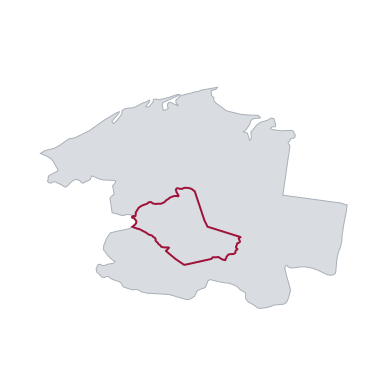 Gabon, with Ogooué-Lolo highlighted, rotated 98°
{"feature_id": "GAB-2628", "entity_name": "Ogooué-Lolo", "entity_type": "Province", "adm_level": 1, "iso_a3": "GAB", "parent_name": "Gabon", "parent_adm1": "", "projection": "equal_earth", "projection_center": [12.559, -0.822], "detail": "medium", "context": "in_parent", "style": "outline", "palette": "rose", "viewbox_px": 384, "rotation_deg": 98, "n_neighbors": 0, "source": "natural_earth", "source_scale": "10m", "svg_char_len": 5218}
<svg xmlns="http://www.w3.org/2000/svg" viewBox="0 0 384 384"><g transform="rotate(98 192 192)"><path d="M255.2,43.5L255.0,47.0L252.1,55.6L250.7,62.2L250.3,69.2L251.2,74.8L252.6,78.9L253.5,83.3L252.8,86.3L251.4,87.6L252.3,89.2L254.5,89.5L258.1,88.2L263.7,85.9L271.1,82.5L275.9,80.7L283.9,81.8L288.2,83.1L290.3,85.5L292.7,95.6L293.9,97.1L295.8,101.4L297.4,106.5L297.8,109.2L297.6,111.0L296.0,113.8L294.1,117.9L293.5,120.4L292.0,122.2L290.0,124.1L284.7,124.8L283.9,125.9L282.4,130.2L279.6,133.9L278.3,137.4L277.2,142.1L277.4,147.9L276.8,156.2L276.2,161.8L277.7,163.8L284.0,165.2L285.3,166.3L287.0,169.8L289.1,173.0L295.0,175.1L297.2,177.6L299.1,180.3L299.3,182.6L298.0,191.6L296.7,200.3L297.2,206.9L297.7,213.2L298.4,222.4L298.0,228.0L296.4,231.4L296.4,234.1L297.2,237.3L295.7,246.2L294.7,247.7L292.1,249.4L290.8,251.8L290.3,255.6L288.9,260.7L287.5,262.6L287.5,265.0L288.9,266.8L288.8,269.4L286.2,272.6L284.7,275.1L281.2,276.3L277.2,275.0L276.3,273.2L277.3,270.5L276.9,268.2L275.5,265.9L273.4,259.9L271.5,258.6L270.5,261.1L267.3,265.7L261.6,271.5L257.6,272.0L250.2,270.2L244.0,267.4L241.1,260.5L239.3,254.9L236.6,248.3L233.7,245.2L230.5,243.2L229.1,243.1L224.6,246.7L223.2,248.2L223.2,251.2L223.6,254.1L224.3,255.5L224.9,257.3L224.8,260.2L224.0,264.0L223.7,268.2L209.6,272.4L207.1,270.9L205.3,269.0L203.2,269.3L197.0,271.5L194.8,270.0L192.5,268.9L191.5,269.8L191.4,271.6L192.4,281.5L192.1,285.3L190.7,290.2L190.0,293.6L193.8,294.5L195.1,296.1L196.5,298.6L198.3,300.9L198.4,302.3L196.3,304.9L195.6,308.1L196.6,310.6L199.2,313.2L202.9,315.9L204.7,317.7L204.6,319.3L202.8,322.7L202.2,325.7L201.0,328.3L201.2,330.7L202.9,333.0L202.7,335.0L201.6,336.6L199.3,336.2L197.3,336.5L195.5,335.8L190.0,328.0L188.8,327.7L180.8,333.8L178.8,336.3L177.1,339.8L174.9,347.5L171.3,343.1L168.1,334.8L164.4,329.8L156.7,321.6L154.7,315.6L145.8,302.4L133.2,289.1L124.0,277.7L122.6,275.1L124.1,275.4L133.0,281.1L134.2,280.5L135.2,279.2L131.4,276.2L127.7,273.9L124.3,272.4L120.9,272.5L119.0,270.1L117.7,266.4L117.1,263.2L115.6,259.9L110.7,253.1L109.5,250.5L106.9,246.9L108.5,246.4L113.7,249.8L114.2,248.5L113.7,246.4L108.5,243.2L105.6,243.0L105.0,240.7L105.4,238.0L101.6,228.1L97.7,220.7L97.1,217.1L107.6,233.3L109.0,233.6L110.8,233.4L115.2,231.6L114.4,229.5L112.4,227.1L110.5,228.2L108.0,228.4L106.7,227.5L106.2,225.8L108.6,217.9L107.6,218.3L106.8,219.7L105.4,220.4L103.3,220.8L98.1,216.6L93.6,205.3L92.4,202.9L91.2,199.0L90.0,197.4L84.7,181.2L86.7,182.4L89.1,187.1L93.7,186.1L95.6,183.4L97.1,183.5L98.8,182.9L100.8,180.3L106.8,169.2L108.3,154.6L107.8,145.9L106.9,137.2L108.9,134.5L109.7,136.3L110.1,139.3L111.0,141.6L113.1,143.7L117.1,144.2L123.2,147.4L125.3,149.4L125.9,145.4L132.9,141.9L130.8,140.6L124.6,142.0L116.0,136.8L113.2,133.5L110.5,127.3L107.8,124.0L108.0,121.1L114.1,118.4L115.8,118.7L116.4,121.9L118.1,123.2L118.7,122.8L119.0,120.0L119.0,112.6L117.1,102.0L117.7,100.0L119.4,99.3L120.9,97.9L121.9,97.6L124.0,97.9L125.0,100.3L125.6,101.7L127.7,102.3L129.4,103.6L130.9,103.3L132.1,101.7L133.9,101.4L139.5,101.4L144.6,101.5L154.7,101.5L164.8,101.5L174.9,101.6L182.5,101.6L182.5,95.6L182.4,86.2L182.4,75.2L182.3,64.6L182.3,54.8L182.2,43.2L182.7,39.9L183.2,38.5L183.0,36.6L190.8,36.5L204.9,37.3L211.1,37.2L212.9,37.4L220.6,36.8L226.8,37.5L229.5,38.3L231.9,38.7L239.4,39.2L249.2,38.6L252.5,38.7L254.3,40.4L255.2,43.5Z" fill="#d9dde1" stroke="#a8b0b8" stroke-width="1"/><path d="M234.7,246.2L232.2,243.9L230.6,243.0L228.8,243.0L228.4,243.2L226.4,245.2L226.0,246.1L225.9,247.1L225.7,247.6L225.2,248.0L224.6,247.7L223.9,246.7L224.0,245.6L223.8,244.9L223.6,244.7L222.9,244.6L219.9,244.8L215.3,242.7L214.9,242.5L212.6,239.9L212.1,239.1L209.7,234.6L208.6,233.8L208.2,233.4L207.9,232.2L207.7,231.2L207.9,230.7L208.7,229.4L208.8,228.8L208.9,227.6L208.8,225.8L208.2,223.4L208.1,221.6L207.9,221.1L206.6,218.9L205.8,217.8L203.8,216.4L202.4,214.7L200.6,213.0L200.0,212.1L198.5,209.1L198.2,207.6L198.1,206.5L198.2,205.3L198.0,204.9L197.7,204.8L196.9,205.2L194.4,207.3L193.3,207.7L192.2,208.3L191.8,208.2L190.7,207.8L190.4,207.3L190.3,206.4L190.5,204.7L190.4,203.0L190.0,201.8L189.2,200.6L188.8,199.6L188.5,196.5L188.8,193.6L188.9,193.0L189.2,192.4L190.2,190.8L190.9,189.4L218.3,175.8L224.2,171.8L229.8,138.0L230.0,137.8L230.8,138.9L231.2,139.2L231.5,139.3L231.9,139.1L234.3,137.6L234.8,137.7L235.2,137.9L235.8,138.7L236.3,139.6L236.6,140.0L237.0,140.2L237.7,140.1L240.2,140.8L240.7,140.7L241.2,140.4L242.2,139.1L242.5,139.2L243.8,140.4L244.4,140.7L245.0,140.7L246.1,140.5L246.4,140.7L246.9,141.4L247.5,142.0L247.7,142.4L247.8,143.4L248.5,146.4L248.9,147.2L251.1,148.7L251.6,148.8L252.5,148.8L253.7,149.5L254.8,149.6L254.7,152.2L253.7,154.7L252.6,157.0L253.1,158.1L253.5,160.1L253.6,161.7L253.8,162.4L254.1,162.7L255.2,163.2L255.6,163.6L264.8,188.1L265.1,189.3L265.0,190.2L260.4,199.4L254.1,209.5L253.8,209.6L253.2,208.9L250.5,207.1L250.2,207.5L250.5,209.7L250.7,211.6L250.7,213.7L250.5,214.7L250.2,215.2L249.5,215.7L249.1,216.2L248.2,218.0L247.2,218.7L245.7,220.9L245.0,221.4L243.9,221.4L242.8,222.1L242.4,222.6L242.2,223.5L242.0,224.0L240.9,225.2L240.6,225.9L240.5,226.4L240.4,227.8L240.3,228.4L239.4,230.4L238.7,231.6L236.0,239.2L235.9,239.7L236.0,241.2L235.5,242.7L235.3,244.1L234.7,246.2Z" fill="none" stroke="#9f1239" stroke-width="2"/></g></svg>